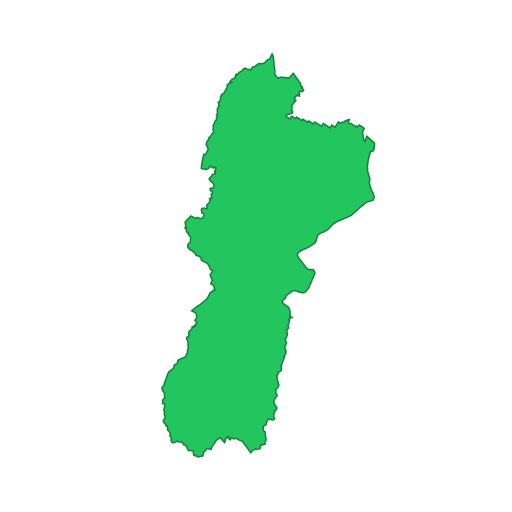 outline of Tlapacoyan, Veracruz, Mexico, rotated 335°
{"feature_id": "50627088B77470661049606", "entity_name": "Tlapacoyan", "entity_type": "district", "adm_level": 2, "iso_a3": "MEX", "parent_name": "Mexico", "parent_adm1": "Veracruz", "projection": "albers", "projection_center": [-97.179, 20.022], "detail": "fine", "context": "isolated", "style": "filled", "palette": "green", "viewbox_px": 512, "rotation_deg": 335, "n_neighbors": 0, "source": "geoboundaries", "source_scale": "gbopen_adm2", "svg_char_len": 6125}
<svg xmlns="http://www.w3.org/2000/svg" viewBox="0 0 512 512"><g transform="rotate(335 256 256)"><path d="M198.5,222.2L200.0,223.6L201.3,226.5L202.1,228.4L201.8,230.1L204.4,232.1L205.5,234.9L204.8,236.2L205.4,236.2L205.2,237.7L208.8,242.1L209.2,245.1L209.0,248.6L209.3,249.7L210.3,250.3L210.1,251.6L206.5,253.5L206.1,256.0L206.4,259.2L203.3,262.0L204.9,264.5L205.0,266.4L204.3,268.0L204.8,269.1L204.4,269.5L202.2,269.1L201.7,269.8L199.2,269.7L193.8,274.0L184.3,276.6L182.5,276.6L174.5,278.4L177.4,282.3L176.7,286.4L173.4,288.7L174.2,291.5L170.9,293.2L169.1,293.3L170.3,293.9L168.0,294.1L165.8,295.5L164.1,295.7L162.4,297.2L161.9,299.4L160.6,300.4L159.3,300.4L158.5,300.9L158.0,301.6L158.3,303.4L157.3,307.7L156.5,308.1L156.0,310.4L153.9,312.7L152.7,315.1L151.5,315.5L149.7,317.6L141.3,317.4L140.4,318.1L140.3,319.1L139.1,320.0L136.0,320.1L133.6,323.0L128.4,324.0L125.7,325.9L124.4,327.7L122.0,329.8L121.6,330.6L119.8,331.6L118.2,334.2L115.2,335.4L114.6,337.0L114.6,340.0L115.2,341.4L114.1,343.3L113.6,345.8L113.2,346.3L111.9,346.4L110.2,347.5L110.0,349.1L108.9,350.3L110.7,351.1L110.7,352.2L107.4,356.6L106.8,359.5L105.8,361.1L105.8,363.5L104.7,364.7L102.9,365.5L101.8,367.4L102.9,369.5L102.7,372.1L103.7,372.4L103.8,373.0L102.3,376.4L103.0,377.6L103.3,380.5L102.0,382.5L102.4,384.6L102.1,386.0L101.1,386.7L100.9,389.0L101.7,390.3L106.3,390.6L107.8,392.1L110.4,393.6L110.7,396.8L111.6,397.1L112.6,399.1L112.3,402.7L112.6,403.8L115.7,405.4L116.7,406.4L115.3,410.0L116.0,410.6L116.1,411.2L117.5,411.9L118.3,413.6L123.3,414.8L125.9,411.5L127.4,411.3L129.8,410.0L130.9,410.1L133.5,412.4L135.5,410.3L142.8,406.0L146.8,405.7L148.6,411.7L150.3,410.3L150.3,409.6L152.7,408.0L153.4,408.7L154.6,407.9L155.0,408.5L154.3,410.9L155.1,411.7L156.7,410.4L158.6,412.4L160.9,412.8L163.9,416.9L165.2,417.6L168.1,432.1L170.3,431.1L173.9,430.4L174.4,431.4L178.3,432.3L179.3,430.4L180.0,429.8L180.9,429.9L181.4,429.1L182.9,430.1L184.7,430.4L185.5,428.2L187.4,427.1L188.3,424.4L188.3,423.0L189.3,421.5L189.9,419.2L189.0,417.5L189.2,416.4L190.6,413.4L193.8,413.2L196.0,410.4L198.2,409.1L199.3,409.5L201.5,411.5L203.5,411.8L204.2,411.1L204.1,409.2L205.0,407.4L205.9,406.1L206.7,405.9L207.3,404.3L208.6,404.3L210.8,402.7L210.2,397.7L210.4,395.7L212.0,393.9L216.3,391.3L216.2,388.1L216.9,387.1L217.0,385.6L219.5,384.8L222.2,382.8L222.4,380.5L222.9,379.8L222.7,378.1L224.0,374.6L224.2,373.0L225.3,372.8L226.8,371.8L227.1,370.9L230.6,370.4L232.1,367.4L232.0,366.5L239.1,359.6L238.7,359.3L242.2,356.5L242.2,355.4L242.8,355.3L243.0,354.7L243.8,349.9L246.6,348.3L247.1,345.9L246.9,344.5L251.1,340.8L252.7,335.9L255.3,335.0L255.6,332.4L258.4,329.8L259.3,328.2L258.7,327.6L259.1,327.1L262.7,326.8L260.9,325.5L262.0,324.1L263.5,320.2L264.0,316.6L260.6,310.5L260.4,309.0L261.1,307.6L264.4,306.8L265.7,306.0L266.2,304.8L274.3,303.1L276.0,303.5L278.2,305.1L279.8,307.0L283.0,309.2L284.9,309.6L290.2,307.3L301.8,296.9L302.4,295.7L302.3,293.2L301.6,292.2L299.7,291.6L298.1,290.4L296.8,288.7L293.8,275.3L293.7,273.3L294.5,271.6L296.5,270.6L298.7,270.2L307.9,270.2L314.5,269.2L316.8,267.8L320.4,263.5L322.7,262.6L328.1,262.8L332.4,262.4L338.4,259.9L343.4,259.1L359.3,259.5L370.9,255.9L378.8,254.0L385.8,254.8L388.3,252.6L388.1,251.7L388.8,248.9L388.4,245.2L389.2,239.3L390.2,236.0L391.1,235.7L391.9,233.9L392.7,227.5L394.9,221.7L398.3,216.4L403.5,210.1L404.8,209.8L406.3,210.4L408.0,209.2L410.5,205.2L411.1,203.6L407.0,194.3L403.3,198.2L402.9,197.6L403.0,195.4L404.5,189.8L405.5,188.0L408.1,186.2L405.0,180.9L402.4,181.8L401.7,180.6L401.0,181.0L398.1,175.9L396.3,175.4L396.0,175.0L396.5,173.1L398.3,172.0L398.2,171.6L394.1,171.2L392.5,171.8L391.1,171.3L388.9,171.5L388.5,170.8L387.9,170.8L387.4,169.3L382.1,172.7L380.0,169.4L377.3,171.2L373.0,164.3L370.3,166.1L365.8,159.3L363.9,160.7L360.9,155.9L359.5,156.8L356.4,151.9L355.0,152.8L351.5,147.3L350.1,148.3L347.3,144.3L344.7,146.2L342.3,142.3L343.2,141.1L349.3,141.9L350.2,140.6L349.5,139.0L350.8,138.2L350.8,137.2L352.0,135.7L351.8,134.6L352.4,134.1L354.3,133.9L356.0,132.0L356.6,132.6L357.1,131.7L357.8,131.8L357.3,129.2L358.3,128.9L358.6,128.3L360.2,128.1L360.6,127.5L362.9,129.4L363.0,128.1L364.0,127.6L363.8,126.7L364.9,125.3L366.3,125.6L367.0,126.4L369.1,126.1L369.3,125.5L368.6,122.9L369.5,122.3L368.4,121.2L369.3,118.6L367.0,106.2L361.1,108.7L354.4,104.5L350.9,104.0L349.7,99.0L351.5,96.0L353.2,90.0L354.9,86.2L355.1,84.4L356.1,82.3L355.9,79.7L351.4,83.3L349.2,83.1L344.9,84.7L341.7,83.9L340.7,82.9L338.9,82.9L334.4,83.8L332.8,83.3L329.4,85.2L328.4,83.9L326.4,82.8L326.1,81.4L323.6,81.0L322.4,82.2L318.2,82.5L315.8,83.8L315.2,82.8L314.0,83.3L313.8,84.0L313.0,84.4L313.1,85.1L312.0,85.9L309.0,85.6L305.8,87.2L305.7,87.5L306.8,87.4L306.5,88.2L306.9,88.5L304.4,88.3L302.0,88.9L301.6,90.4L300.8,91.3L298.6,92.6L298.6,93.1L296.3,94.1L295.7,95.3L293.1,95.0L290.4,97.7L290.0,99.2L288.2,100.7L286.6,100.7L286.7,102.3L285.8,103.6L286.0,104.4L283.1,106.3L281.0,111.0L279.7,111.5L280.2,112.9L280.0,113.3L278.6,114.1L277.3,116.2L276.5,116.1L274.5,117.6L274.0,118.6L272.2,119.7L271.8,120.3L271.8,121.7L270.4,123.3L270.4,124.9L269.9,125.6L264.5,128.8L263.3,128.8L262.9,130.0L259.5,131.8L257.9,134.0L258.0,138.9L253.0,142.8L251.7,141.7L246.8,148.1L243.5,153.3L244.2,154.5L246.1,155.2L246.9,156.5L250.1,156.6L252.0,155.2L252.7,155.2L253.1,156.6L254.7,157.0L254.5,158.3L256.7,158.5L257.0,159.3L255.3,161.2L254.2,161.7L254.1,162.7L254.6,162.9L254.1,163.8L252.9,164.3L251.2,163.6L250.2,164.1L249.2,165.2L247.9,165.3L246.2,166.2L246.1,167.8L247.9,172.2L248.1,173.8L245.6,176.6L244.6,176.2L244.3,175.5L242.8,175.5L242.4,177.3L243.6,179.2L243.6,180.1L241.4,181.1L241.6,181.7L240.5,183.6L240.5,184.7L238.2,184.3L238.4,185.6L235.5,188.3L234.2,188.4L232.8,189.3L231.6,192.3L230.7,192.2L229.3,190.6L228.1,190.3L227.1,190.1L225.9,191.1L225.1,194.1L226.5,196.1L225.6,197.7L223.9,198.8L223.0,199.1L221.4,198.6L219.1,196.2L217.4,196.5L213.8,192.2L206.1,195.3L204.9,199.4L203.4,200.6L203.6,201.0L204.5,201.0L204.6,201.5L203.6,203.1L203.4,204.6L203.5,205.5L204.5,206.8L203.7,207.7L204.5,210.3L204.5,212.0L202.0,215.9L199.9,216.2L198.5,217.7L197.8,219.7L198.7,221.2L198.5,222.2Z" fill="#22c55e" stroke="#15803d" stroke-width="1.5"/></g></svg>